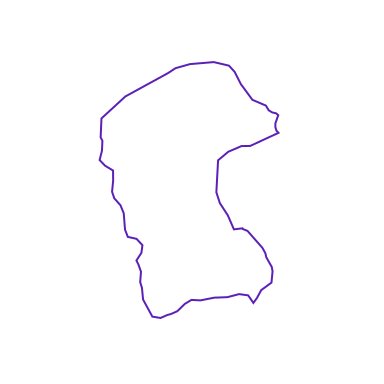 SVG path tracing the border of Zoundwéogo, rotated 33°
{"feature_id": "BFA-2831", "entity_name": "Zoundwéogo", "entity_type": "Province", "adm_level": 1, "iso_a3": "BFA", "parent_name": "Burkina Faso", "parent_adm1": "", "projection": "natural_earth1", "projection_center": [-0.901, 11.547], "detail": "fine", "context": "isolated", "style": "outline", "palette": "violet", "viewbox_px": 384, "rotation_deg": 33, "n_neighbors": 0, "source": "natural_earth", "source_scale": "10m", "svg_char_len": 1030}
<svg xmlns="http://www.w3.org/2000/svg" viewBox="0 0 384 384"><g transform="rotate(33 192 192)"><path d="M206.9,79.3L211.8,81.7L215.9,81.6L219.7,80.2L222.5,80.6L224.5,88.9L226.5,92.1L229.3,94.5L232.3,95.3L215.7,121.7L208.5,126.5L200.5,138.5L196.6,151.2L212.6,179.0L221.5,186.2L234.8,192.1L247.5,200.5L254.1,195.0L254.7,195.4L259.7,194.4L281.5,200.5L287.0,203.5L289.9,206.3L299.7,211.4L302.8,214.7L308.0,224.7L303.5,236.6L304.2,245.7L303.9,251.6L295.4,248.1L287.1,252.0L279.0,260.9L268.2,268.5L258.1,278.3L250.3,282.8L246.9,289.8L244.6,300.0L240.6,306.1L238.5,308.3L234.2,314.8L226.6,318.1L209.5,308.8L202.2,299.6L197.7,295.9L192.6,286.6L186.7,282.1L182.7,279.7L182.7,270.6L179.4,263.6L171.0,261.5L162.6,264.6L156.3,260.0L146.3,247.0L139.3,242.1L130.2,239.6L124.8,235.3L119.8,225.6L114.1,217.0L104.8,217.3L97.1,215.5L94.0,206.4L89.0,197.9L85.6,195.9L76.0,179.6L84.1,148.1L107.2,105.2L110.7,97.2L120.7,85.8L139.5,71.2L154.2,65.9L162.3,68.0L174.2,74.9L192.5,81.8L206.9,79.3Z" fill="none" stroke="#5b21b6" stroke-width="2"/></g></svg>